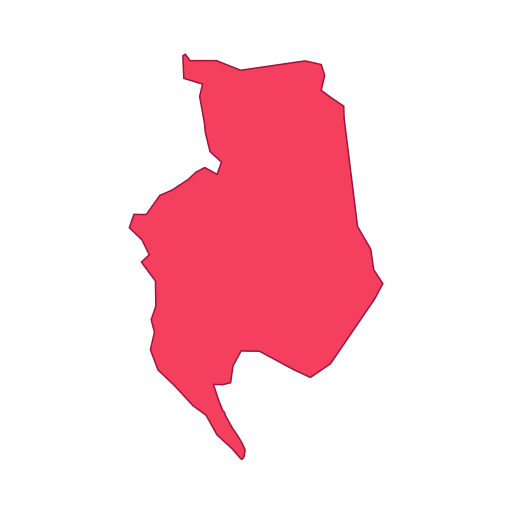 Etangs, Soufrière, Saint Lucia, rotated 103°
{"feature_id": "8701671B18356236998563", "entity_name": "Etangs", "entity_type": "district", "adm_level": 2, "iso_a3": "LCA", "parent_name": "Saint Lucia", "parent_adm1": "Soufrière", "projection": "natural_earth1", "projection_center": [-61.04, 13.819], "detail": "fine", "context": "isolated", "style": "filled", "palette": "rose", "viewbox_px": 512, "rotation_deg": 103, "n_neighbors": 0, "source": "geoboundaries", "source_scale": "gbopen_adm2", "svg_char_len": 1106}
<svg xmlns="http://www.w3.org/2000/svg" viewBox="0 0 512 512"><g transform="rotate(103 256 256)"><path d="M259.3,127.5L257.6,127.1L254.4,126.2L242.9,138.2L223.6,145.7L204.4,163.7L101.8,201.2L90.3,204.2L85.1,217.7L80.0,229.7L64.6,229.7L54.8,235.5L54.8,251.8L57.3,258.4L78.5,312.9L74.5,338.5L80.5,364.2L75.3,370.3L77.4,372.3L99.2,366.3L100.5,346.8L113.3,346.8L137.7,336.3L146.7,333.3L164.6,324.3L172.3,310.8L185.2,312.3L181.3,325.8L187.7,333.3L196.7,339.3L210.8,352.8L218.5,363.3L240.3,372.3L242.9,384.3L257.0,385.8L265.9,370.8L278.8,360.3L287.7,366.3L303.1,348.3L310.9,346.4L327.5,342.3L341.6,343.8L353.1,337.8L371.1,337.8L389.1,325.8L400.6,306.3L416.0,283.8L422.4,268.8L433.8,258.5L439.1,253.7L449.3,235.7L457.0,225.2L457.2,223.9L456.1,223.2L453.8,222.4L447.4,223.0L442.6,226.6L437.0,231.7L435.9,232.9L431.2,237.7L429.8,239.5L424.5,244.3L417.8,250.3L415.6,251.4L414.3,253.3L406.4,259.0L398.1,264.1L391.2,268.3L390.6,268.5L389.0,259.8L385.2,252.2L368.5,253.7L351.9,249.2L348.0,231.2L358.3,193.7L362.1,175.7L344.2,159.2L271.1,130.7L259.3,127.5Z" fill="#f43f5e" stroke="#9f1239" stroke-width="1.5"/></g></svg>